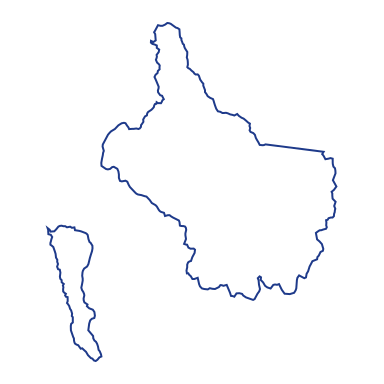 outline of Sítio d'Abadia, Goiás, Brazil
{"feature_id": "56859067B22155474073709", "entity_name": "Sítio d'Abadia", "entity_type": "district", "adm_level": 2, "iso_a3": "BRA", "parent_name": "Brazil", "parent_adm1": "Goiás", "projection": "natural_earth1", "projection_center": [-46.35, -14.751], "detail": "fine", "context": "isolated", "style": "outline", "palette": "blue", "viewbox_px": 384, "rotation_deg": 0, "n_neighbors": 0, "source": "geoboundaries", "source_scale": "gbopen_adm2", "svg_char_len": 5614}
<svg xmlns="http://www.w3.org/2000/svg" viewBox="0 0 384 384"><path d="M322.9,250.8L323.3,248.9L321.9,244.1L319.5,241.4L317.1,239.4L315.9,232.9L317.8,231.5L319.6,230.3L321.4,230.2L322.7,229.7L324.0,229.3L326.0,228.8L326.8,227.2L326.2,225.4L326.4,222.6L326.1,220.2L327.6,219.8L328.6,218.2L330.9,217.5L332.6,217.5L333.9,216.2L334.1,213.8L334.7,212.2L334.9,210.2L335.3,208.8L334.2,206.0L335.6,201.8L332.6,198.7L332.3,195.5L332.3,193.4L331.6,191.8L333.9,189.9L336.4,186.5L332.9,180.2L335.5,173.4L335.4,170.8L335.0,168.3L333.4,166.6L332.8,164.0L332.7,162.2L332.7,158.7L330.5,158.1L328.3,158.7L325.4,159.2L324.4,157.3L323.4,155.5L322.2,154.1L323.6,151.8L265.5,144.4L263.9,145.1L262.3,145.2L259.7,144.9L258.5,142.5L256.7,139.5L255.8,137.8L254.9,134.8L253.3,133.1L250.5,131.9L249.6,130.3L250.2,128.0L249.5,126.0L249.9,123.6L248.2,122.6L246.0,120.6L243.6,118.6L241.5,117.7L240.4,116.9L238.9,115.9L237.2,114.0L234.3,115.5L232.6,114.9L230.2,114.4L227.8,113.3L226.0,112.8L223.8,113.0L222.4,113.0L220.3,111.8L217.9,111.3L216.2,108.7L215.0,105.4L214.3,103.2L213.7,101.1L213.0,99.1L210.2,97.9L207.7,96.2L206.4,93.9L205.0,92.1L205.0,90.1L203.3,85.7L203.3,83.6L202.2,82.5L200.2,79.6L198.9,75.7L197.7,74.4L195.7,74.5L194.4,73.6L193.5,72.2L191.5,70.6L189.7,68.8L188.3,68.2L187.3,67.1L187.9,64.8L187.8,62.0L187.6,59.8L186.8,57.4L187.2,55.0L187.3,52.0L184.9,48.2L184.3,46.7L183.9,44.6L182.8,43.8L182.2,42.0L181.4,40.1L181.4,38.4L180.2,37.4L179.8,35.2L179.6,31.9L179.4,29.3L177.6,28.1L175.9,27.6L170.7,23.8L169.0,23.2L167.3,23.0L165.1,24.6L162.5,25.8L160.5,25.8L158.0,25.2L154.9,31.0L154.1,32.2L155.2,34.1L155.7,40.4L153.4,42.0L151.0,40.9L150.9,42.6L152.4,43.9L154.6,44.5L156.8,45.5L156.8,47.9L159.2,49.6L158.7,52.1L156.6,54.9L156.9,56.7L156.5,58.3L155.9,59.8L157.1,62.6L158.7,64.0L159.7,65.4L159.5,67.6L159.6,69.3L157.9,70.9L157.5,73.1L155.6,74.7L154.5,77.0L155.4,78.9L156.6,81.7L157.8,84.6L158.7,86.8L158.5,88.6L157.9,90.4L158.1,92.3L160.2,95.2L162.1,95.8L162.9,97.5L163.8,99.2L162.4,100.3L161.8,101.8L161.0,103.2L157.9,103.1L156.6,102.2L156.3,103.8L154.9,104.1L154.2,105.5L153.8,107.2L152.7,108.5L151.4,109.8L149.3,111.2L148.1,112.0L147.2,113.4L146.9,115.4L145.0,116.4L143.2,119.5L143.4,121.8L142.0,123.9L141.1,125.0L140.9,127.0L139.8,128.4L138.5,129.0L136.3,128.5L133.4,128.9L131.8,128.9L129.1,129.1L128.5,127.5L127.1,125.7L125.5,123.2L124.0,122.8L121.6,123.3L118.4,125.3L114.9,129.0L111.1,131.3L109.7,132.7L108.0,134.7L102.8,144.5L102.6,146.6L103.8,150.9L103.1,152.9L102.8,155.2L102.0,158.8L101.6,161.1L101.3,162.9L101.5,165.9L106.0,169.0L107.9,169.4L110.1,168.9L112.2,167.1L113.8,166.8L117.3,168.8L118.4,171.4L118.9,174.5L118.9,177.9L120.0,180.9L121.8,181.4L125.5,180.7L127.3,181.7L128.6,184.7L129.9,187.0L135.3,192.7L136.4,193.7L138.0,194.5L141.4,195.1L144.4,196.1L146.5,196.6L149.7,200.0L151.8,203.0L155.6,205.2L156.9,206.6L158.8,209.9L159.8,211.1L161.0,211.9L164.0,212.8L165.0,216.0L167.9,215.2L169.6,215.2L171.1,216.4L173.1,217.6L178.9,220.5L179.5,222.1L179.9,225.6L181.2,226.0L183.6,226.1L185.1,226.6L185.9,227.9L186.2,229.9L185.4,233.3L185.4,235.2L186.0,239.0L184.1,243.9L185.7,244.5L187.1,244.7L188.4,247.6L190.5,248.7L193.7,248.6L195.0,249.7L194.6,252.9L192.3,257.2L191.0,261.0L189.5,261.4L188.1,262.4L187.2,264.6L187.2,267.3L186.8,269.0L186.5,270.6L186.9,273.4L188.3,273.3L189.1,274.7L190.8,276.2L192.4,279.0L194.3,279.0L197.7,277.8L199.1,284.1L200.0,286.4L201.9,288.4L204.2,289.0L207.8,289.4L209.8,288.2L212.4,288.8L215.0,289.0L218.9,287.1L220.4,285.1L221.8,285.2L223.4,285.8L226.7,284.9L230.0,292.7L231.0,295.9L232.8,296.1L234.3,296.7L236.5,293.4L239.3,293.2L242.1,293.9L243.2,295.5L246.0,297.4L253.1,299.9L254.6,299.1L257.5,293.7L259.2,291.4L260.0,289.1L259.0,284.7L258.6,280.3L257.8,278.2L259.6,276.4L261.0,277.3L260.7,279.9L263.1,282.4L265.1,285.8L267.3,287.4L270.6,288.5L273.3,284.9L275.0,284.5L277.1,284.8L279.0,284.1L281.8,289.8L284.6,293.7L289.8,294.1L294.1,292.8L295.6,290.4L296.3,288.3L296.9,280.1L297.4,277.8L299.1,275.4L304.3,278.2L306.0,277.4L306.6,273.8L308.1,271.3L309.6,266.5L310.8,264.3L312.4,261.2L317.1,259.3L317.4,257.1L318.8,255.6L320.5,252.0L322.9,250.8ZM101.4,356.5L101.0,354.3L99.7,351.2L98.6,349.9L98.0,346.5L97.1,343.8L96.0,341.8L94.4,340.5L93.3,338.4L93.1,336.0L88.3,330.3L89.2,323.6L90.2,320.4L91.8,318.8L94.3,318.0L94.9,315.7L94.4,312.0L92.8,309.7L89.2,308.3L86.9,306.2L87.5,304.5L84.4,302.4L83.7,300.3L83.6,298.4L84.3,295.5L84.1,294.0L83.3,292.0L82.0,290.0L81.3,287.7L82.0,284.5L82.7,280.6L82.7,278.6L82.2,275.8L82.5,272.4L82.9,270.8L84.1,268.6L87.1,266.5L88.4,264.1L89.9,257.9L90.9,254.6L92.0,251.2L92.5,248.4L92.4,245.7L90.6,242.8L89.5,242.0L88.5,239.2L87.7,235.0L86.8,233.9L85.7,233.1L81.2,231.4L79.4,230.9L75.0,230.2L74.4,227.4L71.9,227.8L70.2,226.7L67.0,227.3L65.2,226.2L63.4,226.2L61.6,225.7L59.9,225.9L58.4,226.6L56.3,229.2L54.3,231.3L50.6,231.6L49.6,229.7L47.6,228.1L48.2,229.9L48.2,231.6L48.4,234.2L50.8,234.8L52.2,237.0L51.4,239.2L50.9,241.3L50.4,243.0L50.4,244.7L51.8,245.7L53.3,247.0L54.9,251.6L55.6,253.9L56.0,257.6L57.3,259.8L57.2,261.8L58.0,264.0L57.1,266.7L58.1,269.2L59.8,269.7L60.4,272.7L60.1,275.1L59.9,276.6L60.3,278.8L61.6,280.1L61.7,282.3L63.8,284.0L62.9,285.4L63.4,287.3L63.1,289.0L63.2,291.5L64.3,292.7L65.9,293.8L65.1,295.3L65.9,296.7L67.6,297.1L67.7,301.1L67.0,303.0L68.0,304.2L69.2,306.0L70.1,308.9L71.1,310.3L72.1,313.6L71.8,316.0L72.8,317.2L72.8,320.2L72.8,322.5L71.2,323.8L70.8,325.9L70.9,330.3L73.2,337.0L73.9,338.4L74.0,340.4L74.3,341.9L74.9,343.5L76.5,344.6L78.2,345.2L80.7,348.7L82.2,348.3L84.2,350.2L86.0,351.8L88.0,355.2L90.9,358.1L92.4,358.6L94.0,360.5L95.7,361.0L97.4,359.8L99.4,357.4L101.4,356.5Z" fill="none" stroke="#1e3a8a" stroke-width="2"/></svg>